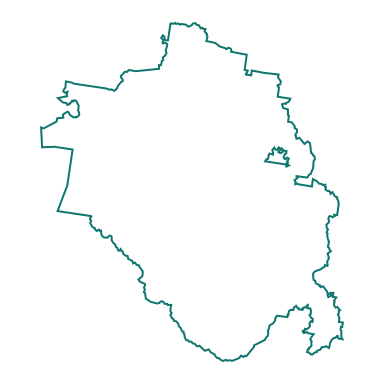 outline of South Burnett, Queensland, Australia
{"feature_id": "25037944B91914901383533", "entity_name": "South Burnett", "entity_type": "district", "adm_level": 2, "iso_a3": "AUS", "parent_name": "Australia", "parent_adm1": "Queensland", "projection": "natural_earth1", "projection_center": [151.784, -26.401], "detail": "fine", "context": "isolated", "style": "outline", "palette": "teal", "viewbox_px": 384, "rotation_deg": 0, "n_neighbors": 0, "source": "geoboundaries", "source_scale": "gbopen_adm2", "svg_char_len": 5962}
<svg xmlns="http://www.w3.org/2000/svg" viewBox="0 0 384 384"><path d="M230.8,48.8L228.5,47.7L226.2,49.2L225.3,48.2L219.8,46.5L215.2,42.9L206.4,41.1L207.5,36.4L206.5,35.2L207.0,33.9L204.6,31.6L205.4,29.0L203.2,28.9L202.3,27.8L200.7,28.4L198.9,25.3L196.7,24.9L195.5,23.2L192.7,23.6L191.8,25.2L188.8,26.6L187.7,26.4L186.2,24.7L181.4,24.0L179.8,24.7L178.7,23.5L176.0,23.9L175.4,23.0L173.2,23.8L170.9,23.4L170.4,23.9L168.0,40.3L165.7,40.4L164.5,39.0L164.5,36.7L162.8,35.4L161.2,37.9L163.6,40.4L162.6,42.1L162.7,43.3L165.3,42.9L167.1,43.9L167.2,45.2L165.7,50.7L166.5,53.0L165.2,55.5L162.8,57.5L163.3,59.9L161.9,60.8L161.0,65.1L159.0,65.1L159.1,68.8L135.7,71.2L128.8,70.0L127.1,71.9L124.9,71.8L120.8,76.1L121.0,77.5L122.5,79.1L122.8,81.0L121.4,81.7L118.0,85.8L116.8,88.6L114.3,90.9L111.5,89.4L109.3,89.7L106.5,88.5L74.0,83.7L72.1,82.7L65.9,81.4L65.4,87.5L63.6,90.0L63.3,91.5L65.0,92.7L67.5,91.8L66.6,95.3L67.0,96.2L57.9,98.1L62.8,102.4L66.2,103.0L67.3,104.9L68.6,104.6L69.5,103.3L70.1,103.6L72.2,100.7L73.0,101.5L74.4,100.3L76.2,100.8L78.6,105.5L78.5,108.9L77.9,110.2L78.9,112.1L79.3,114.4L78.5,115.9L76.2,117.5L75.4,117.0L73.5,117.4L70.0,115.0L68.7,112.4L67.4,111.7L63.0,114.5L63.3,117.7L57.3,118.2L56.5,121.6L43.6,128.4L41.1,127.5L42.1,147.3L54.7,146.8L72.6,149.5L67.3,185.4L57.6,211.1L91.1,216.1L91.3,216.7L90.1,218.2L90.0,219.2L91.2,220.9L90.2,222.9L92.3,226.9L94.9,228.2L94.8,229.2L96.8,231.0L98.9,229.6L100.2,231.2L101.1,230.8L101.3,234.0L101.9,235.7L104.0,237.5L107.5,237.7L109.1,235.8L110.6,235.7L111.6,236.5L111.7,240.3L113.5,243.2L115.2,244.4L116.1,247.2L117.5,248.1L118.4,250.7L119.5,250.5L120.7,249.1L121.5,251.1L122.6,251.4L123.4,254.0L125.6,255.7L127.6,256.0L128.1,258.8L132.4,261.0L133.1,263.4L135.0,262.6L136.6,264.8L139.1,265.5L139.1,266.3L142.5,271.0L142.8,272.2L142.3,276.3L138.4,279.5L139.9,281.7L144.8,283.8L145.1,285.2L144.0,287.6L144.9,289.7L143.9,292.2L145.1,293.3L145.8,298.6L150.9,301.9L154.8,302.9L157.0,303.5L159.4,303.0L160.0,302.0L161.7,301.2L163.5,302.1L164.5,303.8L167.2,303.8L167.8,305.0L171.2,304.9L170.4,309.9L170.6,311.6L171.7,313.2L170.3,315.0L172.3,318.6L173.4,318.9L174.0,320.9L176.3,321.4L177.4,322.7L178.5,324.4L178.7,326.1L180.4,327.6L182.2,331.3L183.6,331.7L183.5,333.3L184.4,334.1L184.6,336.8L186.0,340.0L188.3,340.4L188.9,341.6L191.5,341.7L192.7,343.4L194.8,343.8L196.9,346.3L199.5,345.8L204.9,350.8L208.7,349.4L210.7,352.3L214.6,354.4L215.2,355.9L217.3,358.1L218.6,358.0L220.8,359.9L223.3,361.0L225.6,359.8L227.0,360.7L229.0,360.2L232.4,360.8L239.1,358.1L241.1,355.6L243.4,357.0L245.2,355.7L246.4,356.2L253.9,347.0L254.1,345.4L265.1,339.8L265.7,338.0L267.8,335.9L268.3,332.3L267.8,331.0L269.1,328.1L269.1,326.7L270.1,325.0L272.6,323.7L274.2,322.0L275.2,320.0L275.2,318.5L277.0,315.7L287.4,317.1L287.7,314.6L288.4,314.7L288.9,311.1L290.7,309.8L293.3,310.0L293.6,307.9L296.2,305.8L298.2,308.8L298.9,308.5L299.3,309.4L302.4,309.9L302.6,308.3L303.3,308.6L304.2,307.3L306.1,307.2L306.6,305.8L307.8,305.1L307.4,308.2L310.5,308.6L311.0,311.5L310.6,314.4L309.5,315.0L311.1,317.8L312.8,318.9L312.7,321.5L312.2,322.0L311.4,321.2L310.5,321.5L309.4,324.0L310.1,325.9L309.0,327.5L306.7,329.3L305.0,328.8L304.6,330.5L302.8,330.8L303.0,332.2L303.9,333.0L304.9,332.2L306.1,332.7L306.9,332.1L308.4,333.3L313.6,334.1L310.2,339.0L311.6,341.3L311.3,341.7L311.5,345.7L309.9,347.6L309.2,347.6L308.9,349.1L307.7,349.4L307.1,352.1L309.0,352.5L310.7,354.4L312.4,354.5L314.6,352.6L316.8,352.0L316.7,351.4L317.9,350.4L320.4,349.6L321.8,347.1L323.5,347.2L326.1,346.2L329.0,348.0L330.4,342.4L331.8,339.7L333.8,338.0L335.1,338.0L336.9,336.0L337.8,336.1L337.6,337.6L338.4,338.5L342.5,339.2L341.3,337.2L341.4,331.1L340.5,329.7L340.9,326.8L342.2,327.0L342.9,322.6L338.8,321.9L339.4,318.1L337.9,314.3L338.7,313.8L338.8,310.6L340.0,310.3L337.3,306.9L335.8,307.6L334.1,305.6L334.1,302.9L334.7,302.0L334.0,300.9L336.2,297.4L332.9,296.9L333.4,292.9L330.3,292.8L330.3,293.9L331.6,295.5L328.3,297.1L327.5,295.0L328.6,293.8L327.4,293.0L327.0,291.5L323.3,286.5L322.9,286.3L320.9,287.3L320.4,287.3L320.8,287.1L319.6,286.1L320.1,285.4L315.8,283.4L315.4,281.0L313.6,279.9L313.0,274.6L313.4,273.1L315.1,271.3L321.3,269.1L321.7,268.3L324.5,266.9L324.9,265.1L327.4,265.9L327.7,265.5L327.1,261.9L329.0,257.9L327.6,253.6L330.9,251.2L329.5,249.8L329.4,248.2L327.9,246.9L329.0,241.4L328.2,240.2L327.1,235.1L327.6,233.6L326.6,232.4L328.0,229.3L326.9,228.4L326.4,224.6L328.5,222.7L329.2,221.1L328.3,218.8L329.1,216.5L330.5,216.0L332.6,217.3L333.8,216.5L334.2,214.8L335.4,215.7L336.2,214.7L337.2,215.0L338.8,203.5L338.3,202.9L338.1,200.2L337.0,198.6L337.2,197.2L335.1,196.5L332.4,192.2L330.5,193.8L330.1,192.0L328.7,190.8L327.7,191.0L325.5,189.7L325.9,187.0L325.0,186.8L325.3,184.7L322.5,185.0L321.8,184.0L319.0,183.6L316.9,181.2L312.9,179.1L311.9,186.5L297.3,184.1L296.9,183.4L295.3,184.2L295.4,181.7L294.5,180.2L297.5,178.0L297.8,177.0L296.7,177.0L296.6,176.1L307.2,177.6L309.1,174.7L310.6,174.0L313.1,168.1L313.6,161.1L314.9,159.3L314.4,156.2L313.1,155.4L312.4,153.6L311.2,153.2L310.0,143.2L307.6,141.4L304.5,144.0L299.4,137.8L296.5,138.8L295.5,135.1L294.9,135.7L297.0,131.9L297.0,129.6L294.5,128.0L294.8,126.3L291.9,122.4L288.1,121.8L288.9,115.6L288.0,115.1L287.9,109.4L283.1,108.0L282.0,104.3L284.0,103.6L285.8,103.8L285.8,103.2L288.8,101.7L290.3,98.7L277.7,96.7L279.0,87.4L277.7,86.3L277.7,85.1L280.3,84.3L280.9,81.5L278.0,77.3L278.6,74.5L264.3,72.9L251.8,70.5L251.2,75.3L245.9,74.6L245.9,73.7L246.9,72.8L247.7,70.6L244.7,70.0L246.7,54.7L231.2,51.8L231.6,51.1L230.8,48.8ZM288.8,158.6L286.7,162.9L287.8,163.0L287.0,164.6L288.9,165.4L286.4,166.6L285.9,164.5L265.1,161.3L266.3,159.4L268.1,158.8L268.8,154.5L269.6,153.5L272.9,154.7L273.1,152.8L272.3,150.1L274.3,147.6L275.1,149.3L276.6,150.0L278.1,149.2L278.0,148.3L278.8,147.4L280.5,148.7L280.8,149.2L278.4,152.0L280.2,153.2L282.5,152.1L282.4,149.1L283.8,150.8L286.5,151.0L286.3,153.4L285.0,153.8L283.7,157.1L284.3,158.6L285.7,159.3L286.3,158.1L287.5,157.6L288.8,158.6Z" fill="none" stroke="#0f766e" stroke-width="2"/></svg>